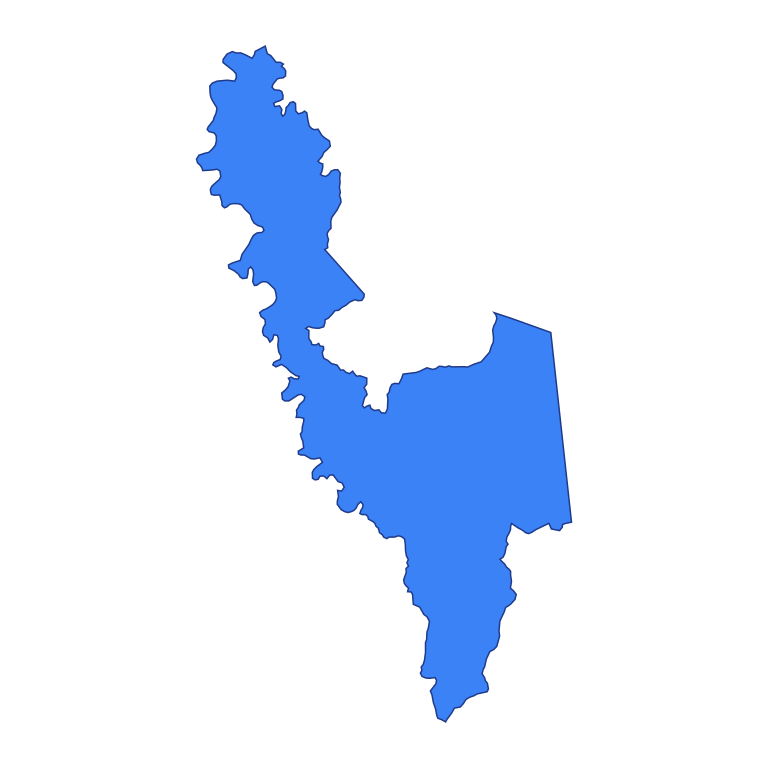 the district of Santa Terezinha de Goiás, Goiás, Brazil
{"feature_id": "56859067B60911131091675", "entity_name": "Santa Terezinha de Goiás", "entity_type": "district", "adm_level": 2, "iso_a3": "BRA", "parent_name": "Brazil", "parent_adm1": "Goiás", "projection": "albers", "projection_center": [-49.725, -14.312], "detail": "fine", "context": "isolated", "style": "filled", "palette": "blue", "viewbox_px": 768, "rotation_deg": 0, "n_neighbors": 0, "source": "geoboundaries", "source_scale": "gbopen_adm2", "svg_char_len": 6092}
<svg xmlns="http://www.w3.org/2000/svg" viewBox="0 0 768 768"><path d="M331.2,171.1L328.8,174.4L326.0,176.4L322.8,175.8L320.4,174.4L321.7,172.0L322.7,167.8L322.8,164.0L319.9,162.9L318.0,161.2L322.1,156.4L323.8,152.5L326.8,149.9L330.3,146.2L329.4,141.0L324.6,137.8L321.8,135.4L318.1,129.2L314.3,129.7L311.6,128.5L309.2,125.9L307.8,119.6L306.8,112.8L304.5,111.1L302.1,112.8L298.3,113.8L295.8,111.0L295.5,103.5L293.2,101.7L290.1,102.6L288.1,105.7L286.1,107.6L285.8,110.8L284.8,114.5L282.6,116.1L281.1,113.3L281.9,109.5L279.5,105.8L274.9,106.6L273.6,103.4L275.9,102.0L279.7,100.8L282.9,99.0L283.0,95.3L281.7,91.5L279.4,90.3L274.4,89.8L272.0,87.2L273.1,84.1L277.3,78.9L280.1,78.1L283.0,77.9L285.5,76.0L285.7,71.0L284.2,68.5L281.4,66.3L283.4,64.1L280.3,62.3L276.1,62.3L270.8,55.6L267.3,53.7L265.2,46.1L255.2,51.4L254.3,54.9L252.1,58.3L245.8,55.0L240.8,52.9L236.4,53.0L232.3,51.6L227.0,54.1L223.2,59.3L223.0,62.5L233.2,70.6L236.1,73.9L236.3,77.7L234.7,81.1L227.2,80.2L217.2,81.1L212.3,83.1L209.8,86.0L210.1,93.3L210.8,97.0L212.2,100.1L217.0,108.1L216.0,113.4L214.3,117.0L213.2,120.6L208.2,126.9L207.2,129.4L209.0,131.6L214.3,133.0L216.2,135.8L216.4,140.9L215.3,145.3L212.2,149.2L208.7,152.4L204.3,153.4L198.9,155.2L196.5,159.2L197.6,162.9L200.4,165.5L201.8,167.7L202.8,170.6L213.1,169.9L216.9,169.2L219.8,170.8L220.8,176.5L219.4,179.4L212.0,186.0L210.4,189.1L210.6,191.7L211.4,194.5L214.4,195.2L219.7,195.0L221.8,201.7L222.0,205.5L224.4,207.8L226.7,207.0L230.0,204.2L233.4,203.6L238.0,203.7L241.6,204.8L244.6,208.8L250.2,214.3L251.8,219.1L254.0,223.0L258.0,225.6L262.5,227.0L264.0,230.4L261.8,232.6L259.0,232.6L256.5,233.2L253.6,235.3L251.6,238.5L248.7,244.8L242.0,254.4L240.3,260.4L232.7,262.8L228.5,264.9L228.8,268.1L234.0,270.6L238.6,274.3L240.0,276.8L242.6,278.6L247.0,277.9L248.0,273.3L248.2,269.3L250.7,266.9L252.9,269.5L253.6,274.0L252.7,281.5L254.4,285.5L256.9,285.2L260.0,282.9L262.6,281.7L266.6,281.9L269.3,283.9L274.8,289.3L275.8,292.9L276.6,298.3L274.9,302.1L273.0,304.3L271.0,305.9L266.0,309.0L263.1,310.0L259.6,312.6L261.0,316.5L265.0,319.5L265.4,323.9L263.2,327.7L262.5,331.5L263.6,335.3L267.6,337.8L269.9,342.1L272.6,339.4L273.8,334.8L277.4,335.4L278.5,338.9L277.8,345.4L278.8,352.0L281.1,356.3L280.2,359.5L276.4,361.0L273.8,362.5L272.8,364.9L276.0,366.9L281.5,364.4L286.3,367.5L290.4,371.8L295.9,375.6L299.2,376.4L298.2,379.0L294.2,378.8L291.1,377.1L288.4,378.2L289.9,381.0L288.1,386.7L285.5,389.9L281.7,393.0L282.4,399.2L284.8,400.9L289.0,400.9L298.2,394.9L301.3,394.3L304.8,396.7L304.0,400.4L299.3,404.7L298.4,407.4L296.5,410.1L296.9,414.1L296.2,417.4L299.8,417.4L303.7,418.3L303.8,420.9L302.3,427.0L302.0,431.9L300.4,434.0L301.4,437.9L302.8,441.2L303.7,447.9L298.3,451.1L298.5,454.1L300.9,455.0L304.5,455.1L310.9,458.7L314.5,459.0L319.9,457.8L322.5,462.3L316.6,466.7L313.8,469.6L312.3,472.3L312.5,478.3L315.1,479.9L318.2,479.3L319.9,476.2L323.8,476.0L326.9,478.7L329.6,475.2L333.1,474.9L338.1,481.6L342.1,482.9L344.2,487.2L341.6,491.1L337.6,490.4L338.5,496.5L337.3,501.1L337.3,504.4L341.2,509.7L344.8,511.7L348.1,512.5L351.1,511.7L353.8,510.5L355.9,508.4L357.9,504.4L360.7,501.8L363.0,504.4L362.7,507.4L360.9,510.4L359.9,513.5L362.1,514.6L365.8,514.6L367.8,516.5L368.5,519.2L373.0,521.6L374.9,523.3L376.0,526.2L378.4,528.3L379.5,532.7L382.3,534.7L383.7,537.1L386.9,538.6L389.0,537.1L394.3,537.1L398.5,535.8L401.7,536.7L404.6,539.1L405.3,544.1L405.5,550.4L406.4,555.8L408.3,559.6L406.9,562.8L408.5,566.2L406.0,568.5L406.3,572.4L403.7,579.6L404.2,583.0L405.8,585.6L408.5,588.0L407.6,591.7L411.2,592.0L412.6,594.6L413.3,604.3L419.7,607.1L423.9,614.5L427.1,616.8L429.4,621.4L428.4,627.8L427.0,632.0L426.6,639.6L425.5,642.6L425.5,652.5L424.5,660.1L423.2,664.5L421.2,667.0L421.9,670.4L420.4,673.0L422.0,676.4L425.8,678.0L429.4,678.3L435.1,677.6L436.5,680.3L436.0,683.6L430.4,690.9L432.0,695.0L433.4,702.6L435.6,709.0L436.8,715.5L437.9,718.3L441.5,719.6L445.6,721.9L447.0,719.3L451.7,713.0L454.4,708.1L460.3,707.0L463.5,703.4L465.7,699.8L467.9,698.2L470.5,696.9L473.9,695.8L477.0,694.0L487.2,691.7L488.4,688.9L487.4,683.3L485.4,680.7L484.7,677.9L482.1,673.7L483.2,669.4L484.6,666.9L486.3,659.2L489.8,651.6L493.6,649.6L496.8,646.4L499.6,636.1L499.0,630.9L499.9,621.0L504.2,611.9L505.7,607.3L508.2,606.0L511.0,603.8L515.0,599.4L516.2,594.4L513.5,590.8L510.4,588.2L511.5,581.3L510.6,575.4L510.6,571.3L508.7,568.9L506.4,567.0L504.5,563.8L502.2,561.8L499.9,559.2L503.0,557.3L504.9,553.4L506.2,546.6L508.0,544.2L506.2,541.3L506.8,537.2L509.2,532.9L510.5,529.6L510.6,526.2L511.6,523.5L518.3,528.0L522.5,530.2L525.8,532.8L528.7,533.6L531.8,532.3L535.7,529.7L548.9,523.3L551.4,529.0L559.6,530.6L562.2,527.3L562.6,524.5L565.5,523.4L571.5,522.2L550.8,332.5L511.1,318.3L494.2,312.7L496.1,315.2L496.8,318.7L495.5,322.8L493.8,325.9L492.7,330.0L493.5,337.9L493.3,342.4L491.5,346.0L489.5,352.3L481.2,361.8L474.0,364.2L467.5,367.1L464.2,366.7L451.7,366.9L449.0,365.9L445.2,367.2L441.6,366.4L439.1,366.3L435.9,368.6L432.7,369.4L426.8,367.8L419.7,371.3L416.0,372.5L403.1,374.1L401.6,378.4L399.0,383.7L394.5,383.4L391.9,384.4L390.1,387.7L389.1,392.4L387.2,394.6L387.9,398.9L387.4,408.9L385.5,413.1L381.3,412.8L378.9,409.8L374.4,410.5L370.9,408.4L369.9,405.1L366.8,406.2L364.3,407.9L362.4,405.6L364.6,397.6L367.1,394.7L366.0,390.9L364.1,387.7L366.7,384.2L366.8,378.1L360.0,375.8L356.7,376.2L354.1,373.4L352.7,371.2L349.4,373.7L345.8,372.2L343.5,370.0L340.6,370.1L337.1,365.1L331.3,363.5L327.7,360.3L324.0,358.5L322.7,355.3L322.3,352.2L323.7,349.5L323.4,346.5L320.0,346.0L318.7,343.4L315.9,345.0L311.9,344.6L311.2,342.0L308.8,338.4L308.9,330.5L305.7,328.5L308.6,326.5L312.8,327.8L316.6,328.2L319.2,328.2L323.7,326.8L324.9,322.9L325.1,319.8L328.3,318.2L332.7,313.6L334.9,310.7L338.8,310.2L342.1,307.3L346.0,305.2L349.6,302.1L354.9,299.7L358.0,300.7L361.8,300.4L363.9,297.3L364.2,294.1L324.7,249.5L327.7,247.7L327.4,244.1L328.5,239.6L327.6,236.9L327.1,233.5L328.9,230.3L331.0,228.4L330.8,221.0L331.8,217.4L337.1,210.0L341.0,202.2L340.7,199.3L339.5,195.3L340.3,192.7L339.4,187.2L340.1,182.4L339.7,178.4L340.3,173.3L337.7,169.7L334.4,169.8L331.2,171.1Z" fill="#3b82f6" stroke="#1e3a8a" stroke-width="1.5"/></svg>